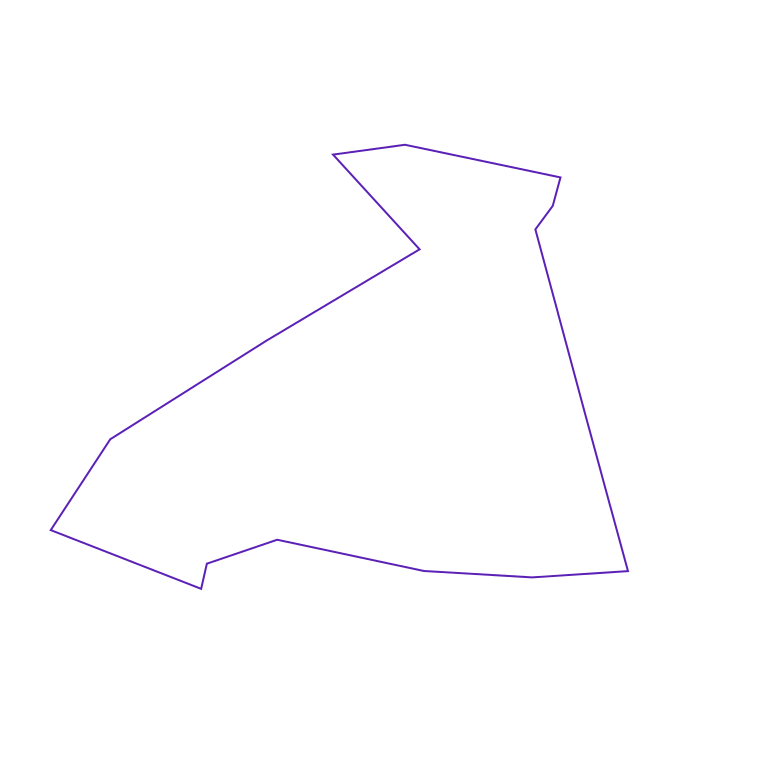 the district of La Trinidad Vista Hermosa, Oaxaca, Mexico, rotated 285°
{"feature_id": "50627088B62865505468510", "entity_name": "La Trinidad Vista Hermosa", "entity_type": "district", "adm_level": 2, "iso_a3": "MEX", "parent_name": "Mexico", "parent_adm1": "Oaxaca", "projection": "natural_earth1", "projection_center": [-97.499, 17.778], "detail": "fine", "context": "isolated", "style": "outline", "palette": "violet", "viewbox_px": 768, "rotation_deg": 285, "n_neighbors": 0, "source": "geoboundaries", "source_scale": "gbopen_adm2", "svg_char_len": 561}
<svg xmlns="http://www.w3.org/2000/svg" viewBox="0 0 768 768"><g transform="rotate(285 384 384)"><path d="M138.8,260.4L164.6,259.4L205.9,321.1L213.7,470.9L235.5,577.0L266.4,668.1L322.3,635.5L323.9,634.5L338.7,625.9L340.9,624.6L348.8,620.0L355.2,616.3L382.0,600.7L401.5,589.3L409.6,584.6L420.8,578.1L433.1,571.0L442.4,565.6L492.5,536.6L496.4,534.3L498.6,533.1L511.3,525.7L519.4,521.0L572.5,490.2L599.8,500.9L629.2,501.0L620.5,342.3L592.4,275.4L523.3,383.5L395.4,259.2L259.8,133.9L156.6,99.9L138.8,260.4Z" fill="none" stroke="#5b21b6" stroke-width="2"/></g></svg>